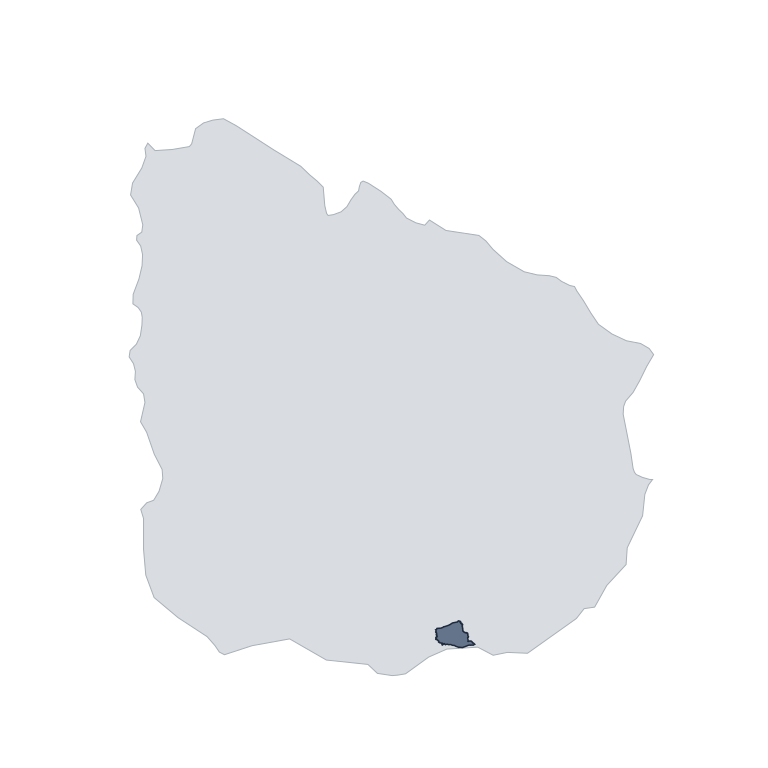 Soca, Canelones, Uruguay (highlighted), rotated 349°
{"feature_id": "84410073B54882123998895", "entity_name": "Soca", "entity_type": "district", "adm_level": 2, "iso_a3": "URY", "parent_name": "Uruguay", "parent_adm1": "Canelones", "projection": "mercator", "projection_center": [-55.499, -34.679], "detail": "fine", "context": "in_parent", "style": "filled", "palette": "slate", "viewbox_px": 768, "rotation_deg": 349, "n_neighbors": 0, "source": "geoboundaries", "source_scale": "gbopen_adm2", "svg_char_len": 5509}
<svg xmlns="http://www.w3.org/2000/svg" viewBox="0 0 768 768"><g transform="rotate(349 384 384)"><path d="M629.4,529.0L624.4,533.5L619.0,542.1L612.7,562.7L591.5,591.2L587.2,607.4L564.3,624.2L548.2,643.2L537.6,642.7L528.1,650.9L473.5,675.7L453.9,671.0L439.4,671.1L425.8,660.2L395.1,656.2L375.7,660.6L349.8,672.6L342.0,672.4L336.4,671.8L322.3,666.8L314.7,656.2L274.8,644.0L242.7,616.2L204.7,615.7L175.7,619.3L171.2,615.7L168.2,608.6L162.2,598.3L137.2,574.0L117.6,549.8L113.7,526.1L116.4,500.5L122.3,470.1L121.3,460.7L128.5,455.3L135.7,454.2L142.7,446.4L148.8,434.6L149.9,425.6L145.1,409.1L141.8,386.1L137.8,374.6L145.8,356.6L146.1,347.8L141.5,340.1L140.3,332.2L142.4,324.1L142.0,316.3L139.0,308.8L141.2,302.6L148.5,297.7L154.0,290.2L157.6,280.1L159.4,272.4L159.5,267.1L157.3,262.1L152.8,257.4L154.9,248.1L163.5,234.1L169.1,221.7L171.7,210.9L171.5,202.2L168.6,195.6L169.8,191.1L175.2,188.7L177.6,181.7L176.7,164.4L171.3,150.1L175.5,138.8L187.5,125.7L193.8,115.1L194.3,107.1L198.1,102.5L203.8,111.2L221.0,113.4L238.2,113.8L241.0,111.6L247.8,97.4L256.7,93.3L266.4,92.3L277.1,93.0L288.4,102.4L320.4,133.1L343.9,154.5L351.0,164.6L357.2,172.2L361.9,179.2L359.9,197.6L360.2,205.6L361.3,207.9L366.7,208.1L374.7,206.8L381.4,202.9L386.6,197.0L391.7,192.2L395.9,189.6L397.4,185.7L399.7,181.7L402.2,180.8L406.8,183.8L417.8,194.3L426.3,204.0L428.4,209.6L431.7,215.4L435.2,220.4L437.7,225.3L445.9,231.8L454.3,235.9L459.9,231.7L474.1,245.1L505.5,256.3L511.3,263.0L516.7,272.7L527.7,287.3L542.9,300.5L555.1,306.1L566.8,309.2L573.4,312.2L577.9,317.2L585.1,322.7L589.6,324.7L591.1,329.6L595.7,340.3L600.6,353.8L605.9,366.3L617.3,378.4L630.2,387.8L643.6,393.2L651.1,399.8L654.3,406.6L645.3,416.8L635.5,429.7L626.9,439.8L617.9,446.9L615.0,451.7L613.0,459.3L613.1,499.4L612.4,514.4L613.0,518.4L614.3,521.0L619.9,525.0L626.6,528.4L629.4,529.0Z" fill="#d9dde1" stroke="#a8b0b8" stroke-width="1"/><path d="M391.3,651.1L391.6,651.2L391.6,651.3L392.4,651.0L393.2,650.5L393.5,650.3L393.8,650.4L393.8,650.5L393.9,650.8L394.0,651.1L394.3,651.3L394.5,651.6L394.9,651.4L396.6,651.5L396.9,651.7L397.4,652.1L398.3,652.3L399.4,652.4L400.0,652.6L400.3,652.8L400.9,653.3L401.5,653.6L402.0,653.7L402.5,653.9L403.1,654.0L403.4,654.2L403.9,654.7L404.5,655.2L405.4,655.7L406.1,656.1L406.6,656.5L407.1,656.6L407.3,656.9L408.0,656.8L409.8,657.4L410.6,657.6L411.0,657.7L411.4,657.6L412.0,657.4L412.6,657.4L415.3,656.9L416.8,656.6L417.7,656.6L418.4,656.7L418.9,656.9L419.5,656.9L421.9,657.4L422.2,657.3L422.6,657.0L423.4,656.8L423.2,656.5L422.7,655.8L422.5,655.6L422.4,655.4L422.2,655.2L421.9,655.2L421.6,655.1L421.5,654.8L421.4,654.7L421.4,654.4L421.4,654.2L421.2,653.8L420.7,653.2L420.4,652.9L420.2,652.8L419.9,652.8L419.6,652.9L419.3,652.8L419.0,652.6L418.8,652.6L418.5,652.6L418.3,652.7L417.7,652.8L417.4,652.8L417.3,652.7L417.5,652.4L417.7,652.1L417.6,651.9L417.6,651.7L417.6,651.3L417.7,651.0L417.7,650.8L417.7,650.6L417.6,650.2L417.6,649.8L417.7,649.4L417.7,649.2L417.7,648.9L417.8,648.8L418.0,648.7L418.4,648.7L418.5,648.6L418.6,648.3L418.7,648.2L418.7,647.9L418.6,647.6L418.4,647.4L418.3,647.2L418.2,647.0L418.2,646.9L418.3,646.7L418.4,646.4L418.5,646.2L418.5,645.9L418.4,645.8L418.4,645.7L418.5,645.6L418.4,645.4L418.5,645.2L418.6,644.9L418.6,644.7L418.4,644.4L418.2,644.2L417.8,644.0L417.7,644.0L417.6,643.9L417.5,644.0L417.4,644.2L417.2,644.2L416.7,643.8L416.6,643.7L416.4,643.6L416.2,643.6L416.1,643.3L416.0,643.2L415.9,643.1L415.7,643.1L415.4,643.0L415.4,642.9L415.2,642.7L415.0,642.4L414.9,642.2L414.7,642.0L414.6,641.9L414.4,641.8L414.4,641.7L414.3,641.4L414.3,641.2L414.3,640.9L414.5,640.8L414.5,640.5L414.5,640.4L414.5,639.9L414.5,639.5L414.6,639.3L414.5,639.2L414.5,638.9L414.6,638.7L414.5,638.4L414.6,638.2L414.6,637.9L414.7,637.7L414.7,637.3L414.7,637.2L414.5,636.9L414.5,636.7L414.6,636.4L414.6,636.2L414.8,636.0L414.8,635.9L414.7,635.9L414.7,635.7L414.8,635.4L415.0,635.4L415.3,635.3L415.3,635.2L415.2,634.9L414.9,634.9L414.8,634.6L414.7,634.5L414.7,634.4L414.7,634.2L414.3,634.3L414.2,634.3L414.1,634.2L414.0,633.9L413.9,633.8L413.9,633.7L413.8,633.4L413.7,633.4L413.7,633.2L413.8,633.2L414.0,633.1L414.1,632.9L414.0,632.7L413.9,632.6L413.7,632.5L413.6,632.4L413.4,632.3L413.4,632.2L413.2,632.1L413.3,631.9L413.6,631.9L413.8,631.8L413.8,631.7L413.1,631.3L412.4,630.9L411.9,630.7L411.7,630.7L411.5,631.0L410.6,631.6L410.1,631.6L407.6,631.6L406.0,631.6L405.1,631.8L404.6,632.1L403.8,632.3L403.2,632.7L402.4,632.8L401.7,633.1L401.2,633.2L398.4,633.6L398.0,633.6L397.5,633.7L396.6,633.7L396.1,633.7L395.8,633.9L395.5,634.1L395.1,634.2L394.4,634.3L393.7,634.5L393.0,634.5L389.4,634.0L389.1,634.3L388.9,634.8L388.7,635.0L388.0,635.1L388.2,635.4L388.1,635.7L388.0,635.9L387.9,636.0L387.8,636.3L387.8,636.5L387.9,637.0L387.6,637.2L387.4,637.3L387.4,637.5L387.5,637.6L388.0,638.1L387.9,638.8L388.0,638.9L388.1,639.1L388.0,639.3L387.9,639.4L387.6,639.7L387.5,639.9L387.5,640.2L387.7,640.4L388.0,640.4L388.1,640.6L387.9,640.8L387.7,641.1L387.6,641.3L387.9,641.8L388.0,642.1L387.8,642.3L387.6,642.5L387.2,642.5L386.8,642.5L386.6,642.6L386.5,642.8L386.4,643.0L386.4,643.3L386.6,643.5L386.7,643.8L386.4,644.0L386.2,644.1L386.1,644.3L386.1,644.5L386.3,644.7L386.6,644.8L386.9,644.9L387.1,644.9L387.4,645.0L387.4,645.4L387.5,645.6L388.0,645.9L388.4,646.3L388.6,646.7L388.6,646.9L388.4,647.1L388.3,647.3L388.3,647.7L388.7,648.1L389.3,648.2L389.5,648.4L389.5,648.5L389.4,648.7L389.5,648.8L390.4,649.1L391.1,649.4L391.6,649.5L391.9,649.6L392.0,649.8L391.5,650.4L391.2,650.5L391.3,651.1Z" fill="#64748b" stroke="#1e293b" stroke-width="1.5"/></g></svg>